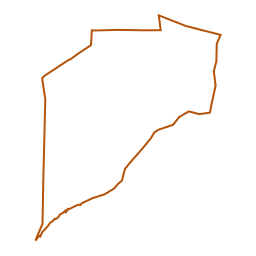 outline of Atar, Adrar, Mauritania
{"feature_id": "47542326B12791497255333", "entity_name": "Atar", "entity_type": "district", "adm_level": 2, "iso_a3": "MRT", "parent_name": "Mauritania", "parent_adm1": "Adrar", "projection": "albers", "projection_center": [-13.574, 20.45], "detail": "fine", "context": "isolated", "style": "outline", "palette": "amber", "viewbox_px": 256, "rotation_deg": 0, "n_neighbors": 0, "source": "geoboundaries", "source_scale": "gbopen_adm2", "svg_char_len": 1026}
<svg xmlns="http://www.w3.org/2000/svg" viewBox="0 0 256 256"><path d="M35.4,240.6L38.2,237.0L39.4,236.0L40.2,236.5L40.9,234.9L42.8,231.3L43.8,230.6L47.8,226.1L50.3,222.7L53.0,220.9L53.6,219.9L54.8,218.8L55.3,219.2L57.2,218.1L58.5,216.9L59.9,214.5L62.3,213.2L63.0,212.9L63.7,212.2L64.2,211.7L64.8,211.1L65.2,211.7L65.4,211.1L65.9,210.6L66.1,211.2L66.3,211.7L66.9,211.0L67.9,208.9L68.6,209.2L69.8,208.8L75.7,205.8L78.9,204.6L80.4,205.0L80.8,204.3L82.4,202.9L91.8,198.5L93.3,197.9L104.6,194.3L114.0,188.6L117.9,184.0L121.9,180.6L125.0,168.8L129.2,163.7L130.1,162.6L141.1,150.1L146.3,143.8L150.9,138.2L154.2,132.6L158.5,129.7L173.1,124.8L179.2,117.0L188.9,111.4L199.1,114.1L205.6,113.3L209.9,112.6L211.7,103.3L215.6,85.7L213.8,71.1L216.4,61.3L216.5,53.8L216.8,43.5L220.6,34.9L185.6,25.9L158.8,15.4L160.7,30.2L143.5,30.3L117.9,29.9L93.7,30.5L91.8,30.3L91.3,40.2L91.1,43.1L91.0,45.1L77.7,53.9L70.8,59.1L67.9,60.4L44.6,75.7L42.1,78.3L45.3,99.2L43.3,180.1L42.5,223.7L35.4,240.6Z" fill="none" stroke="#b45309" stroke-width="2"/></svg>